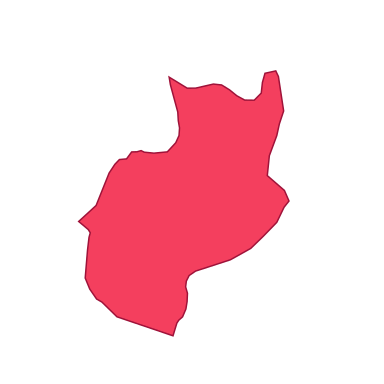 map outline of Krško (Robinson projection), rotated 203°
{"feature_id": "SVN-958", "entity_name": "Krško", "entity_type": "Statistical Region", "adm_level": 1, "iso_a3": "SVN", "parent_name": "Slovenia", "parent_adm1": "", "projection": "robinson", "projection_center": [15.476, 45.922], "detail": "fine", "context": "isolated", "style": "filled", "palette": "rose", "viewbox_px": 384, "rotation_deg": 203, "n_neighbors": 0, "source": "natural_earth", "source_scale": "10m", "svg_char_len": 961}
<svg xmlns="http://www.w3.org/2000/svg" viewBox="0 0 384 384"><g transform="rotate(203 192 192)"><path d="M257.9,288.8L237.0,285.7L229.3,289.0L214.5,299.7L206.6,302.1L197.4,300.7L188.4,298.1L179.4,297.2L170.6,300.8L166.9,310.1L170.0,320.4L171.2,329.8L162.2,336.2L161.9,335.9L157.6,332.1L139.3,302.4L138.2,288.9L136.0,277.1L135.0,255.7L129.1,236.5L107.5,229.5L99.2,221.6L101.3,213.9L102.1,197.2L109.1,179.1L115.9,163.0L130.2,144.6L157.8,120.6L162.0,114.0L162.4,107.8L160.8,102.2L156.6,97.0L153.7,89.2L151.9,81.9L151.9,73.4L154.1,68.8L154.7,65.4L153.3,52.2L212.3,47.8L232.0,55.5L238.0,56.2L248.2,62.7L256.7,71.1L265.5,97.8L269.1,110.1L269.7,114.7L272.8,116.9L284.8,120.6L275.0,142.1L275.7,177.1L273.8,187.4L271.5,193.5L265.2,196.9L263.2,205.3L258.4,207.5L255.0,210.2L251.5,210.0L242.2,212.9L230.4,219.3L226.2,231.0L226.0,238.9L228.5,246.1L232.5,252.3L236.3,260.0L253.8,282.3L257.7,288.5L257.9,288.8Z" fill="#f43f5e" stroke="#9f1239" stroke-width="1.5"/></g></svg>